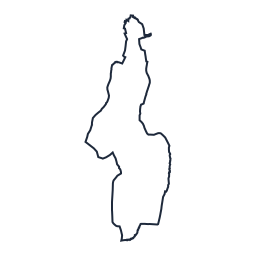 the district of Kaduna South, Kaduna, Nigeria
{"feature_id": "59680162B16574916896740", "entity_name": "Kaduna South", "entity_type": "district", "adm_level": 2, "iso_a3": "NGA", "parent_name": "Nigeria", "parent_adm1": "Kaduna", "projection": "equal_earth", "projection_center": [7.417, 10.498], "detail": "fine", "context": "isolated", "style": "outline", "palette": "slate", "viewbox_px": 256, "rotation_deg": 0, "n_neighbors": 0, "source": "geoboundaries", "source_scale": "gbopen_adm2", "svg_char_len": 4628}
<svg xmlns="http://www.w3.org/2000/svg" viewBox="0 0 256 256"><path d="M85.5,141.9L93.8,148.3L96.8,151.6L98.3,157.1L102.1,158.3L102.8,158.6L106.1,157.3L109.9,155.0L112.7,152.5L113.8,155.1L115.6,158.4L116.1,160.2L116.6,162.0L117.1,164.3L119.1,166.7L119.0,168.0L120.2,169.3L120.6,170.5L121.0,172.2L121.0,173.5L117.4,175.7L116.1,177.4L113.7,180.3L113.3,181.2L113.1,182.1L112.9,183.3L112.7,190.2L112.0,202.0L112.0,206.6L112.0,210.3L112.1,211.6L112.3,216.3L112.5,222.0L113.3,223.3L114.3,224.3L115.9,225.7L117.1,226.2L119.6,226.4L120.9,230.2L122.1,235.3L121.8,238.5L121.3,240.6L122.4,240.4L123.6,240.2L125.3,240.0L126.1,240.1L127.0,240.2L127.1,239.7L127.4,239.7L127.8,239.7L128.0,240.0L128.5,239.8L128.6,239.6L128.9,239.6L129.3,239.7L129.7,239.8L129.9,240.0L130.1,239.9L130.2,239.5L130.2,239.3L130.3,239.1L130.5,239.0L130.6,238.9L130.8,238.7L131.0,238.6L131.4,238.8L131.5,238.9L131.9,238.5L132.0,238.4L132.3,238.2L132.5,238.1L132.6,238.4L132.7,238.5L132.9,238.4L133.0,238.3L133.2,238.2L133.3,238.0L133.5,237.8L133.6,237.5L133.8,237.3L134.3,236.6L134.6,236.4L134.7,236.2L134.8,236.2L134.8,235.9L134.8,235.7L134.9,235.4L134.9,235.1L135.1,235.1L135.4,235.1L135.6,235.1L135.8,235.0L135.9,234.9L136.0,234.8L136.1,234.6L136.1,234.4L136.3,234.2L136.5,234.0L137.3,232.8L137.4,232.2L137.5,231.8L137.5,231.5L137.5,231.2L137.5,230.9L137.6,230.6L137.6,230.4L137.9,230.2L138.1,230.0L138.0,229.6L138.3,229.4L138.4,228.9L138.5,228.6L138.5,228.4L138.6,228.2L138.8,228.1L139.0,228.0L139.1,227.8L139.0,227.6L138.9,227.4L139.0,227.2L139.4,226.9L139.4,226.7L139.5,226.5L139.5,226.3L139.6,226.1L139.7,225.8L139.9,225.6L140.0,225.3L140.2,225.0L140.3,224.7L140.5,224.1L140.9,223.9L142.0,223.9L143.6,223.9L145.3,223.9L146.2,224.0L146.5,224.0L148.4,224.1L149.6,224.0L157.4,224.5L158.1,224.1L158.8,221.3L159.7,217.5L160.2,215.0L160.3,214.5L161.3,209.1L161.7,205.7L163.1,196.9L164.2,194.8L164.5,194.4L165.1,191.4L166.0,191.7L166.4,191.0L166.8,190.7L167.1,189.6L167.7,187.9L168.2,186.8L168.1,186.1L168.2,184.9L168.6,184.4L168.9,183.6L168.8,182.7L168.6,180.3L168.5,179.3L168.5,178.2L169.1,176.5L169.1,175.3L169.2,173.7L168.9,173.4L169.1,172.3L169.5,171.6L169.9,171.7L169.9,171.3L169.9,171.2L169.9,170.9L169.9,170.7L169.8,170.3L169.5,169.8L169.3,169.6L169.3,168.8L169.8,168.5L169.6,167.5L169.6,166.9L169.8,165.5L170.2,164.4L170.0,163.9L169.6,163.2L170.2,161.8L170.0,161.1L170.1,160.7L170.4,160.2L170.4,159.6L170.3,158.8L170.5,158.6L170.4,158.2L170.1,157.8L170.0,157.0L169.7,155.8L169.8,154.8L170.2,154.2L170.1,153.6L169.2,152.3L169.0,151.1L168.9,149.3L168.9,147.5L169.4,145.8L168.3,143.5L165.2,137.5L163.0,135.3L161.0,133.5L159.9,133.1L158.3,133.1L156.2,133.9L153.9,134.8L152.2,134.7L150.2,134.6L148.4,134.6L147.1,133.5L145.9,131.1L144.4,127.7L144.0,126.1L142.9,123.7L141.5,122.0L140.3,120.9L139.6,120.2L139.6,119.3L139.6,115.3L140.3,113.6L140.0,111.6L140.0,111.3L140.1,109.4L140.1,109.2L140.3,107.7L140.4,106.6L140.5,106.3L140.6,106.1L140.8,105.4L141.1,104.6L143.0,103.9L143.7,103.5L143.7,103.0L145.4,96.8L145.6,96.2L146.3,94.4L146.2,94.1L146.2,93.9L146.7,92.5L146.7,92.3L147.2,90.7L147.3,90.5L147.7,89.4L147.9,88.7L148.4,87.2L148.5,86.9L148.9,85.8L149.0,85.2L149.8,82.8L149.8,80.7L149.5,79.1L148.3,75.9L146.8,73.1L146.6,72.4L146.2,70.7L146.2,68.6L146.6,66.1L146.8,65.1L147.0,63.7L147.4,61.8L146.3,61.4L145.7,57.5L145.7,57.2L145.2,54.2L145.0,52.8L144.7,50.7L144.1,50.5L142.3,49.8L141.6,49.5L141.3,49.4L140.5,46.9L140.2,46.2L139.4,44.0L139.2,41.0L139.1,39.1L141.9,38.1L142.6,37.7L143.8,37.8L144.1,37.4L145.2,37.2L145.1,36.8L145.1,36.6L145.8,36.3L147.1,36.5L147.8,36.3L148.2,36.3L148.9,36.3L149.6,36.0L150.7,35.3L150.7,35.2L150.9,34.2L150.7,33.7L148.9,34.5L148.2,35.0L146.6,35.0L144.4,34.9L143.7,28.5L142.2,24.2L138.8,22.0L137.8,20.1L137.8,19.6L137.0,19.0L136.7,19.1L135.0,17.5L134.8,18.1L132.9,17.0L133.0,15.6L130.7,15.4L130.4,17.2L129.8,17.7L129.6,18.4L128.4,18.7L128.3,21.0L126.4,19.8L126.0,21.5L124.9,21.1L124.6,22.2L125.6,23.2L124.3,25.2L123.8,28.3L125.0,28.6L126.1,33.1L124.6,33.5L125.8,36.3L127.1,39.1L126.1,41.3L125.6,46.0L125.0,50.5L123.1,55.6L124.0,56.6L125.3,57.2L122.2,63.5L119.1,62.4L117.9,62.1L117.3,62.3L117.0,61.8L116.1,61.8L115.2,62.1L115.2,62.6L114.4,63.1L113.4,63.9L113.3,64.3L112.1,65.0L111.4,68.4L111.5,69.2L111.1,71.1L111.1,72.0L110.8,73.6L110.8,75.1L110.8,76.6L110.6,78.4L109.9,80.7L109.3,82.1L108.5,83.9L107.9,85.5L107.3,87.4L107.4,89.5L107.9,91.2L109.0,95.6L108.7,97.9L107.4,101.4L106.8,102.5L106.1,103.0L105.9,104.1L103.7,107.0L101.8,108.9L100.8,110.7L99.7,111.5L98.2,112.7L95.5,115.0L92.9,118.0L92.0,122.4L91.9,124.7L92.0,124.9L91.8,125.2L90.2,130.3L87.9,133.9L87.2,137.0L85.5,141.9Z" fill="none" stroke="#1e293b" stroke-width="2"/></svg>